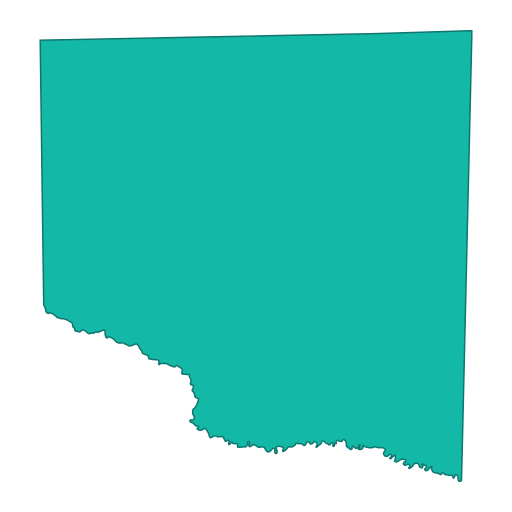 Curacó, La Pampa, Argentina (Equal Earth projection)
{"feature_id": "61730980B59721877076450", "entity_name": "Curacó", "entity_type": "district", "adm_level": 2, "iso_a3": "ARG", "parent_name": "Argentina", "parent_adm1": "La Pampa", "projection": "equal_earth", "projection_center": [-66.382, -38.255], "detail": "fine", "context": "isolated", "style": "filled", "palette": "teal", "viewbox_px": 512, "rotation_deg": 0, "n_neighbors": 0, "source": "geoboundaries", "source_scale": "gbopen_adm2", "svg_char_len": 6078}
<svg xmlns="http://www.w3.org/2000/svg" viewBox="0 0 512 512"><path d="M177.5,365.8L181.4,368.4L182.2,369.3L182.3,370.4L181.8,373.2L181.8,373.6L182.1,374.0L185.1,374.3L185.8,374.0L187.5,374.7L188.5,374.4L189.2,374.4L189.6,375.1L189.4,376.8L190.5,378.7L191.1,380.6L190.9,381.8L190.4,383.3L190.6,384.4L191.4,384.9L193.0,385.3L193.5,386.4L193.2,387.9L192.3,389.6L192.2,390.7L193.8,392.5L194.1,393.2L194.8,395.4L195.0,396.8L195.3,397.2L198.3,398.7L198.6,399.1L198.3,400.5L197.8,401.7L197.1,404.1L196.6,405.2L195.2,407.5L193.1,409.3L192.9,409.8L192.7,411.1L192.7,413.8L193.6,415.4L194.4,417.4L194.5,417.9L194.4,418.3L193.5,419.7L193.1,419.9L192.7,420.1L191.1,419.9L190.2,420.1L190.0,420.3L189.9,421.1L190.0,421.5L192.0,422.7L193.7,423.4L194.4,424.6L195.1,425.0L195.3,425.5L196.1,425.9L198.1,426.0L198.6,426.3L198.4,427.5L197.1,428.4L197.1,428.8L199.2,430.2L200.1,430.3L201.6,430.0L202.7,429.5L204.5,428.3L205.9,428.9L208.7,433.5L209.4,436.4L210.2,437.7L211.0,437.7L212.6,436.9L213.2,436.2L214.7,435.8L215.5,435.9L217.1,436.6L218.8,436.9L222.0,436.5L223.4,437.4L223.8,437.9L224.7,440.5L225.1,441.0L225.7,441.3L226.4,441.3L227.6,440.2L228.3,440.2L229.1,440.8L229.2,441.6L228.4,443.4L229.0,444.6L229.8,444.3L230.5,443.6L231.4,442.3L231.8,442.2L232.5,442.5L232.8,442.8L232.9,443.4L233.2,443.6L234.7,443.7L236.0,443.5L237.3,443.6L237.6,444.2L237.4,445.7L237.6,446.8L237.9,447.2L238.7,447.3L245.9,446.8L246.8,445.8L247.4,444.8L247.6,443.8L247.6,442.4L248.4,441.6L249.2,441.9L249.6,442.5L249.5,443.4L249.0,444.4L248.9,445.4L249.0,446.2L249.7,446.7L250.9,446.3L251.8,445.5L253.9,444.7L254.5,444.7L258.4,447.3L259.5,447.3L260.5,447.0L262.6,446.9L263.5,447.1L264.4,447.5L264.7,447.9L265.3,449.4L266.6,451.2L267.3,451.7L268.2,452.0L268.8,451.9L269.6,451.5L271.0,450.5L272.4,448.7L273.1,448.3L274.1,448.4L274.7,448.9L275.0,449.5L274.7,452.1L275.2,453.1L276.1,453.5L276.8,453.1L277.1,452.3L277.0,450.2L276.2,448.5L276.2,447.6L276.7,446.8L277.8,446.3L280.0,446.4L282.8,447.1L283.5,447.7L283.6,448.5L282.9,449.5L282.6,450.5L282.9,451.3L283.9,451.3L286.5,449.2L288.0,447.2L288.7,446.7L289.7,447.0L292.1,446.9L293.5,446.1L294.1,445.5L295.0,445.1L295.3,444.6L295.4,443.8L296.1,443.4L299.5,443.7L300.3,443.6L301.9,443.9L304.0,445.5L305.3,445.1L306.6,442.6L307.3,442.0L308.8,441.9L309.4,442.5L309.8,443.4L310.4,444.0L311.0,444.0L312.2,443.6L314.2,441.8L314.9,441.6L315.7,441.7L317.1,443.8L317.3,444.9L316.0,446.7L316.1,447.1L316.6,447.2L318.8,445.3L320.8,444.0L321.9,441.5L322.3,441.0L323.1,440.9L324.2,441.3L325.1,442.5L326.0,443.1L328.1,444.0L328.8,444.8L329.5,444.9L330.2,444.5L331.6,442.6L332.4,442.5L333.1,442.7L333.4,443.3L332.8,445.1L333.0,446.1L333.4,446.4L334.1,446.2L334.4,445.7L334.5,444.2L334.8,443.7L335.2,443.5L336.2,443.6L336.4,443.1L336.1,442.1L336.2,441.3L337.0,440.4L337.9,440.3L339.1,441.1L340.2,441.4L341.9,441.4L342.4,440.3L343.3,439.6L343.9,439.5L345.5,440.9L346.2,442.2L346.3,445.2L346.5,446.1L346.8,446.7L350.8,449.6L351.9,449.0L352.2,448.5L352.0,447.2L352.3,446.6L352.6,446.3L354.7,447.3L355.3,448.1L356.6,448.5L357.7,448.0L358.3,447.4L359.3,445.1L359.6,444.9L359.8,444.9L359.8,445.8L359.3,448.3L358.8,449.3L360.5,449.5L362.0,449.0L363.0,447.7L363.0,445.6L366.1,447.1L369.7,447.8L372.8,447.6L374.6,446.7L378.3,447.7L381.9,447.6L383.2,447.9L384.3,448.3L385.3,449.4L385.2,450.6L383.7,452.5L383.5,453.2L383.8,454.5L384.6,455.7L385.3,456.2L386.8,456.4L388.0,455.9L389.7,454.3L390.7,454.5L391.6,455.2L391.7,455.8L391.5,456.4L391.1,456.9L390.0,457.9L389.9,458.4L390.5,458.6L391.1,458.5L392.1,457.2L393.6,456.0L393.9,455.5L395.1,455.1L395.5,458.1L395.3,459.3L394.7,460.4L394.5,461.1L395.4,461.7L396.6,461.9L397.7,461.6L398.6,460.8L400.6,459.7L401.9,459.3L403.3,459.2L405.6,459.7L405.8,460.6L405.4,461.5L403.9,462.3L403.4,463.5L403.5,464.2L404.0,464.8L404.7,465.1L405.9,465.2L406.8,464.9L407.2,464.3L407.6,464.2L408.3,464.2L408.8,464.5L409.6,465.1L409.9,466.0L409.4,467.1L409.0,467.4L408.8,468.2L409.5,468.3L410.5,467.9L412.2,466.6L413.0,465.7L413.2,464.8L414.5,463.7L415.3,463.5L415.6,463.2L417.4,463.4L418.5,464.0L419.1,464.8L419.2,466.1L419.7,467.1L421.5,467.9L422.2,467.7L422.7,466.9L422.9,466.2L422.4,465.3L421.9,464.8L421.8,464.2L422.6,464.0L424.6,465.3L425.9,465.5L426.3,465.9L426.5,466.8L426.3,467.3L424.6,469.2L425.0,470.1L425.9,470.7L427.0,470.6L427.6,470.2L428.9,469.0L430.5,466.9L431.3,466.6L432.0,466.9L431.4,468.7L431.9,470.0L432.5,471.4L433.6,472.3L438.9,473.7L440.4,474.5L441.1,474.5L441.6,474.2L441.8,473.1L442.2,472.4L442.7,472.3L445.0,474.6L446.0,474.9L446.8,474.7L449.3,475.3L450.8,475.2L452.3,475.6L452.7,476.2L453.0,477.6L453.3,478.0L453.7,477.9L454.5,477.1L455.0,475.1L455.7,474.7L456.5,474.8L457.6,476.0L458.0,477.1L458.3,480.5L458.8,481.2L460.1,481.3L461.5,480.5L471.8,36.3L471.8,30.7L376.1,33.6L40.2,40.2L43.7,304.8L44.6,306.5L44.9,307.5L45.3,308.4L45.8,311.1L46.9,312.9L47.6,313.0L47.9,313.3L48.8,313.4L49.1,312.9L49.9,312.6L52.0,313.6L53.4,313.9L54.4,315.1L56.2,316.4L57.2,317.6L59.3,318.0L60.5,318.6L62.9,318.7L65.0,319.1L67.8,320.3L71.1,322.3L72.0,322.5L72.3,323.9L72.8,325.3L72.8,326.4L73.1,327.0L74.3,328.1L74.7,328.8L74.9,330.4L75.7,331.1L76.9,331.2L79.1,331.9L79.8,331.9L81.2,330.9L82.1,329.8L82.8,329.8L85.6,331.0L87.8,333.1L88.5,333.5L89.2,333.6L90.6,333.5L91.1,332.9L93.5,333.2L94.2,332.9L95.4,332.1L96.1,331.9L97.8,332.3L98.6,332.1L100.8,331.1L101.2,330.8L102.7,330.5L103.4,330.0L104.5,330.1L104.9,330.8L105.1,332.1L105.0,333.2L105.6,336.5L105.9,337.1L106.6,337.8L107.7,337.7L108.2,337.2L109.0,336.9L110.1,337.1L112.7,338.4L115.5,340.8L116.3,341.8L117.0,342.4L119.4,343.1L123.0,342.8L123.8,343.2L125.1,344.1L125.8,344.1L128.7,345.8L129.5,346.0L130.3,346.0L135.4,344.1L136.2,344.0L137.2,344.4L138.8,346.0L139.1,347.1L139.5,348.0L141.8,351.1L142.3,352.9L143.0,353.6L145.3,354.6L146.8,354.8L147.6,355.2L148.3,356.5L148.9,358.7L152.5,359.5L157.6,359.8L158.2,360.1L158.9,360.7L159.0,361.8L158.6,364.0L159.2,364.6L160.9,363.4L162.1,363.4L163.5,363.7L164.3,363.3L165.5,363.4L166.4,363.8L167.1,363.9L168.4,364.5L169.6,365.3L173.5,366.8L174.1,366.9L175.0,366.8L176.0,365.6L176.6,365.4L177.5,365.8Z" fill="#14b8a6" stroke="#0f766e" stroke-width="1.5"/></svg>